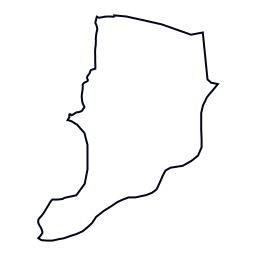 the district of Plateau, Dauphin, Saint Lucia
{"feature_id": "8701671B21443736840155", "entity_name": "Plateau", "entity_type": "district", "adm_level": 2, "iso_a3": "LCA", "parent_name": "Saint Lucia", "parent_adm1": "Dauphin", "projection": "albers", "projection_center": [-60.936, 14.026], "detail": "fine", "context": "isolated", "style": "outline", "palette": "ink", "viewbox_px": 256, "rotation_deg": 0, "n_neighbors": 0, "source": "geoboundaries", "source_scale": "gbopen_adm2", "svg_char_len": 1955}
<svg xmlns="http://www.w3.org/2000/svg" viewBox="0 0 256 256"><path d="M217.8,84.1L216.2,83.7L211.1,82.7L210.1,81.8L207.5,79.4L202.8,32.5L191.0,34.7L161.5,24.3L126.4,16.5L114.4,15.4L114.5,15.7L114.4,16.3L113.9,16.7L113.1,16.7L109.9,16.5L107.6,16.5L104.8,16.7L101.7,17.3L99.3,17.7L98.1,17.4L96.8,16.7L95.3,22.8L96.3,24.9L97.3,28.5L97.0,30.6L96.4,33.3L96.0,36.2L95.8,38.9L95.9,40.7L95.8,42.7L95.7,45.0L95.4,47.4L95.2,49.2L95.1,51.3L95.1,53.5L95.2,56.7L95.2,60.0L95.3,63.9L95.4,66.0L95.3,68.7L92.9,69.4L90.8,70.1L90.2,71.4L89.5,73.5L88.3,75.0L87.3,76.4L87.0,77.8L87.2,78.5L87.8,79.9L87.8,80.7L87.3,81.2L86.4,81.7L84.4,82.6L83.5,83.4L82.7,84.6L82.7,86.1L82.7,87.8L82.6,89.5L82.4,90.8L82.2,92.2L81.9,94.2L81.7,96.4L81.9,98.8L82.1,100.6L82.3,101.7L82.7,103.3L83.3,104.7L84.4,106.9L84.2,107.6L82.8,109.3L82.3,110.5L81.4,111.2L78.6,112.2L77.3,112.2L75.4,112.9L74.4,113.7L72.8,114.7L71.4,115.2L70.9,114.7L70.4,114.2L70.0,114.0L69.3,114.6L69.2,115.9L69.5,117.0L69.1,117.5L68.8,118.0L67.7,120.1L68.1,120.1L71.8,121.4L77.3,124.9L80.8,128.9L84.4,132.9L87.5,145.0L87.5,169.4L84.7,183.8L76.3,195.3L64.6,197.8L62.5,199.0L58.2,199.5L55.8,199.6L52.4,199.5L51.6,200.2L51.4,200.5L50.5,201.7L50.1,202.3L49.1,204.1L46.9,207.7L44.8,211.1L43.1,213.8L41.2,216.2L39.8,217.7L38.7,219.1L38.2,220.5L38.2,221.3L38.2,221.6L38.2,222.0L38.5,223.5L39.6,225.7L40.9,227.7L41.7,229.6L42.4,231.8L42.3,233.1L41.4,234.5L40.3,235.9L39.7,236.7L38.3,238.2L41.6,240.2L47.0,240.6L52.4,240.6L58.7,239.2L63.7,238.3L70.4,236.0L76.3,234.1L82.6,231.3L87.1,227.6L92.1,223.0L96.1,216.9L103.8,210.9L111.9,205.8L117.3,202.1L122.3,199.8L128.6,197.4L129.8,197.4L135.3,197.4L146.2,195.1L152.0,192.8L156.5,189.5L158.3,185.8L159.4,183.4L161.0,179.8L162.8,175.6L165.5,170.5L170.5,167.7L182.7,165.8L191.7,160.7L198.0,155.6L201.6,147.3L201.6,139.4L201.2,129.6L201.2,121.2L201.2,112.9L203.0,105.4L206.5,98.2L207.0,97.1L210.8,92.5L212.9,90.1L215.3,87.2L217.8,84.1Z" fill="none" stroke="#020617" stroke-width="2"/></svg>